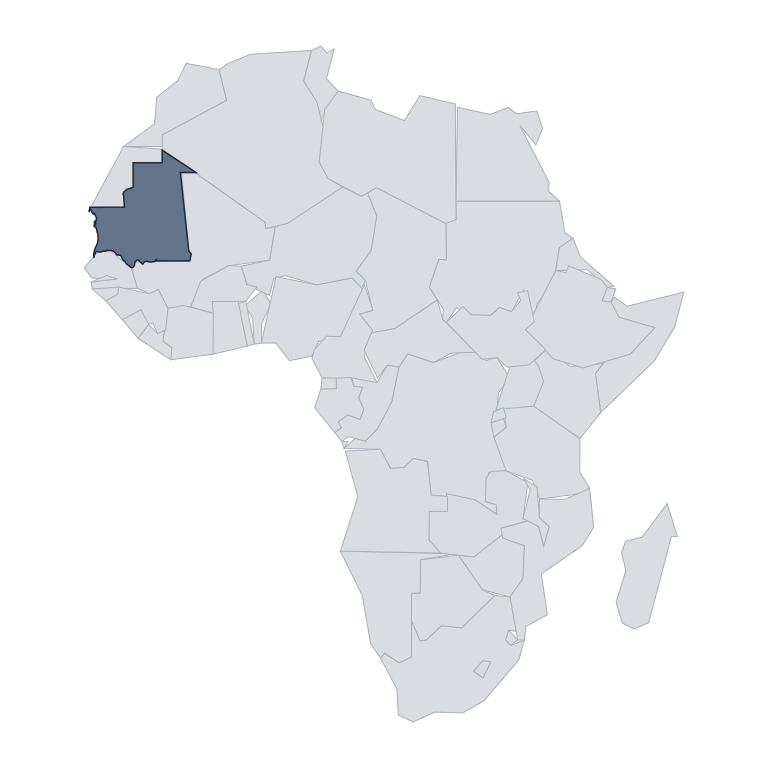 Africa, with Mauritania highlighted
{"feature_id": "MRT", "entity_name": "Mauritania", "entity_type": "country or territory", "adm_level": 0, "iso_a3": "MRT", "parent_name": "Africa", "parent_adm1": "", "projection": "mercator", "projection_center": [-11.622, 21.016], "detail": "fine", "context": "in_parent", "style": "filled", "palette": "slate", "viewbox_px": 768, "rotation_deg": 0, "n_neighbors": 49, "source": "natural_earth", "source_scale": "50m", "svg_char_len": 13892}
<svg xmlns="http://www.w3.org/2000/svg" viewBox="0 0 768 768"><path d="M533.7,406.1L579.9,438.6L579.8,472.1L589.6,488.3L582.7,493.4L539.4,499.0L532.3,480.3L506.1,470.8L496.3,454.8L493.9,437.1L506.2,427.1L503.3,407.7L533.7,406.1Z" fill="#d9dde1" stroke="#a8b0b8" stroke-width="1"/><path d="M162.2,149.1L162.2,163.9L133.5,163.4L133.8,188.0L125.6,188.8L125.1,207.3L89.1,210.3L123.6,146.5L162.2,149.1Z" fill="#d9dde1" stroke="#a8b0b8" stroke-width="1"/><path d="M493.9,437.1L506.1,470.8L488.6,472.4L485.4,501.4L496.3,504.8L497.0,514.5L474.9,499.8L431.2,495.1L427.5,461.6L413.2,458.5L403.8,467.7L390.4,468.4L380.4,449.2L344.2,448.4L356.6,437.1L365.2,441.2L377.6,428.6L391.8,401.5L399.7,361.1L407.8,353.8L433.4,362.6L461.7,351.9L476.7,352.1L485.9,360.4L497.2,357.6L509.9,378.6L498.6,392.6L493.9,437.1Z" fill="#d9dde1" stroke="#a8b0b8" stroke-width="1"/><path d="M600.7,412.5L595.4,373.5L605.5,360.8L630.2,354.1L654.8,327.7L619.0,317.3L609.2,305.0L614.3,297.1L627.1,306.2L683.8,292.1L674.7,327.1L654.4,360.9L600.7,412.5Z" fill="#d9dde1" stroke="#a8b0b8" stroke-width="1"/><path d="M579.9,438.6L533.7,406.1L543.6,381.2L534.6,360.7L545.9,349.7L570.5,366.4L603.1,363.6L595.4,373.5L600.7,412.5L579.9,438.6Z" fill="#d9dde1" stroke="#a8b0b8" stroke-width="1"/><path d="M452.3,325.8L445.6,321.9L442.6,319.4L443.4,309.3L429.3,287.1L438.8,259.3L446.3,259.9L446.0,219.7L456.0,219.6L456.0,201.0L559.5,201.0L564.9,232.5L573.0,238.1L559.4,247.7L554.3,278.3L536.8,304.5L534.3,321.7L523.6,290.1L511.5,311.8L499.6,307.5L490.6,315.4L471.3,314.8L456.6,307.7L446.3,322.3L452.3,325.8Z" fill="#d9dde1" stroke="#a8b0b8" stroke-width="1"/><path d="M445.9,223.5L446.3,259.9L438.8,259.3L429.3,287.1L437.4,300.0L394.7,328.7L371.2,332.9L359.7,314.1L372.9,310.3L365.3,280.4L356.1,271.1L371.0,250.7L376.7,216.1L367.5,192.8L376.3,187.6L445.9,223.5Z" fill="#d9dde1" stroke="#a8b0b8" stroke-width="1"/><path d="M380.5,658.1L384.7,653.2L399.0,662.8L411.5,657.0L411.5,620.9L420.2,640.9L426.4,639.9L441.3,625.7L461.8,627.8L494.7,595.5L510.0,597.0L516.5,617.1L515.7,631.3L508.8,630.2L505.6,640.1L510.8,645.4L524.3,640.0L518.9,659.9L484.1,700.7L462.8,712.9L434.9,712.1L413.0,721.9L398.3,715.0L396.9,689.2L380.5,658.1ZM490.7,661.9L482.9,660.8L473.5,671.1L483.1,677.9L490.7,661.9Z" fill="#d9dde1" stroke="#a8b0b8" stroke-width="1"/><path d="M490.7,661.9L483.1,677.9L473.5,671.1L482.9,660.8L490.7,661.9Z" fill="#d9dde1" stroke="#a8b0b8" stroke-width="1"/><path d="M510.0,597.0L482.4,589.8L458.3,555.1L473.9,556.9L502.0,534.8L524.5,545.7L522.9,578.7L510.0,597.0Z" fill="#d9dde1" stroke="#a8b0b8" stroke-width="1"/><path d="M494.7,595.5L461.8,627.8L441.3,625.7L426.4,639.9L420.2,640.9L411.5,620.9L411.5,593.2L420.1,592.9L420.4,559.8L458.3,555.1L482.4,589.8L494.7,595.5Z" fill="#d9dde1" stroke="#a8b0b8" stroke-width="1"/><path d="M411.5,593.2L411.5,657.0L399.0,662.8L384.7,653.2L380.5,658.1L370.6,643.5L362.3,595.7L340.3,551.1L456.7,553.6L420.4,559.8L420.1,592.9L411.5,593.2Z" fill="#d9dde1" stroke="#a8b0b8" stroke-width="1"/><path d="M92.1,278.1L84.2,267.9L97.3,252.2L110.8,250.9L131.8,268.9L137.5,288.4L92.4,288.9L91.0,282.0L117.2,278.9L92.1,278.1Z" fill="#d9dde1" stroke="#a8b0b8" stroke-width="1"/><path d="M137.5,288.4L131.8,268.9L136.2,261.9L189.6,260.9L181.6,172.8L195.0,172.7L265.4,222.5L265.5,228.4L275.2,227.5L269.7,260.3L228.6,265.6L203.0,279.2L190.8,306.8L167.9,308.3L158.3,289.6L149.3,293.7L137.5,288.4Z" fill="#d9dde1" stroke="#a8b0b8" stroke-width="1"/><path d="M261.4,343.1L254.2,344.1L252.5,317.8L244.7,305.9L262.8,290.2L271.1,303.6L261.7,323.3L261.4,343.1Z" fill="#d9dde1" stroke="#a8b0b8" stroke-width="1"/><path d="M367.5,192.8L376.7,216.1L371.0,250.7L356.1,271.1L365.3,280.4L361.7,288.0L352.1,278.1L316.6,284.9L285.4,275.6L273.8,278.6L269.4,295.4L246.9,284.7L241.2,266.1L269.7,260.3L275.2,227.5L342.6,187.0L361.3,196.3L367.5,192.8Z" fill="#d9dde1" stroke="#a8b0b8" stroke-width="1"/><path d="M261.4,343.1L276.0,276.7L316.6,284.9L352.1,278.1L365.1,291.6L340.4,336.7L318.5,341.5L312.1,356.1L289.4,360.6L275.7,343.0L261.4,343.1Z" fill="#d9dde1" stroke="#a8b0b8" stroke-width="1"/><path d="M364.4,284.7L372.9,310.3L359.7,314.1L372.6,330.5L364.2,356.5L377.0,382.7L322.1,377.9L312.0,358.5L314.3,349.9L326.2,336.2L340.4,336.7L364.4,284.7Z" fill="#d9dde1" stroke="#a8b0b8" stroke-width="1"/><path d="M245.8,301.3L254.2,344.1L247.2,346.0L237.5,303.8L245.8,301.3Z" fill="#d9dde1" stroke="#a8b0b8" stroke-width="1"/><path d="M238.1,301.1L247.2,346.0L213.0,354.2L212.3,301.6L238.1,301.1Z" fill="#d9dde1" stroke="#a8b0b8" stroke-width="1"/><path d="M167.9,308.3L183.8,305.5L213.3,313.3L213.0,354.2L170.7,359.7L171.9,347.9L162.9,341.2L167.9,308.3Z" fill="#d9dde1" stroke="#a8b0b8" stroke-width="1"/><path d="M118.4,287.1L149.3,293.7L158.3,289.6L167.9,308.3L165.7,330.5L157.6,333.8L152.8,323.0L146.3,324.7L141.0,309.7L122.4,319.8L105.9,300.9L118.4,287.1Z" fill="#d9dde1" stroke="#a8b0b8" stroke-width="1"/><path d="M92.4,288.9L118.4,287.1L118.0,294.0L105.9,300.9L92.4,288.9Z" fill="#d9dde1" stroke="#a8b0b8" stroke-width="1"/><path d="M164.3,330.5L162.9,341.2L171.9,347.9L170.7,359.7L138.1,338.5L148.7,324.2L157.6,333.8L164.3,330.5Z" fill="#d9dde1" stroke="#a8b0b8" stroke-width="1"/><path d="M122.4,319.8L141.0,309.7L148.7,324.2L138.1,338.5L122.4,319.8Z" fill="#d9dde1" stroke="#a8b0b8" stroke-width="1"/><path d="M190.8,306.8L200.6,281.3L228.6,265.6L241.2,266.1L246.9,284.7L256.9,286.8L245.8,301.3L212.3,301.6L213.3,313.3L190.8,306.8Z" fill="#d9dde1" stroke="#a8b0b8" stroke-width="1"/><path d="M476.7,352.1L450.9,353.2L433.4,362.6L407.8,353.8L398.9,367.2L387.4,365.2L377.6,378.0L364.1,350.2L371.2,332.9L394.7,328.7L437.4,300.0L442.6,319.4L476.7,352.1Z" fill="#d9dde1" stroke="#a8b0b8" stroke-width="1"/><path d="M398.9,367.2L391.8,401.5L377.6,428.6L365.2,441.2L348.0,436.5L341.9,441.8L334.7,432.5L341.4,427.7L338.1,421.9L347.6,414.8L360.0,419.4L363.8,409.4L358.7,397.5L362.5,387.3L353.8,386.3L352.0,378.0L377.0,382.7L387.4,365.2L398.9,367.2Z" fill="#d9dde1" stroke="#a8b0b8" stroke-width="1"/><path d="M336.3,378.1L350.9,377.5L353.8,386.3L362.5,387.3L358.7,397.5L363.8,409.4L360.0,419.4L347.6,414.8L338.1,421.9L341.4,427.7L334.7,432.5L314.7,407.5L320.8,389.0L336.4,388.6L336.3,378.1Z" fill="#d9dde1" stroke="#a8b0b8" stroke-width="1"/><path d="M322.1,377.9L336.3,378.1L336.4,388.6L320.8,389.0L322.1,377.9Z" fill="#d9dde1" stroke="#a8b0b8" stroke-width="1"/><path d="M506.1,470.8L527.8,482.6L523.1,518.6L527.7,520.9L501.2,528.3L502.0,534.8L473.9,556.9L440.5,553.1L428.9,539.9L429.3,511.3L447.4,511.4L446.5,493.7L474.9,499.8L497.0,514.5L496.3,504.8L485.4,501.4L486.1,478.1L491.0,471.4L506.1,470.8Z" fill="#d9dde1" stroke="#a8b0b8" stroke-width="1"/><path d="M523.7,478.7L537.0,486.9L539.4,517.4L549.3,526.7L543.6,546.5L538.6,526.7L523.1,518.6L530.1,490.1L523.7,478.7Z" fill="#d9dde1" stroke="#a8b0b8" stroke-width="1"/><path d="M539.4,499.0L564.8,499.4L589.6,488.3L593.7,527.4L582.1,545.8L541.4,573.9L547.3,614.7L525.9,626.6L524.3,640.0L517.7,640.0L510.0,597.0L522.9,578.7L524.5,545.7L502.6,538.1L501.2,528.3L527.7,520.9L538.6,526.7L543.6,546.5L549.3,526.7L539.4,517.4L539.4,499.0Z" fill="#d9dde1" stroke="#a8b0b8" stroke-width="1"/><path d="M517.7,640.0L510.8,645.4L505.6,640.1L508.8,630.2L517.7,640.0Z" fill="#d9dde1" stroke="#a8b0b8" stroke-width="1"/><path d="M341.9,441.8L348.1,441.4L344.2,448.4L341.9,441.8ZM345.4,451.1L380.4,449.2L390.4,468.4L403.8,467.7L413.2,458.5L427.5,461.6L431.2,495.1L447.5,496.5L447.4,511.4L429.3,511.3L428.9,539.9L440.5,553.1L340.3,551.1L357.8,497.0L345.4,451.1Z" fill="#d9dde1" stroke="#a8b0b8" stroke-width="1"/><path d="M503.7,418.9L506.2,427.1L493.9,437.1L491.1,422.6L503.7,418.9Z" fill="#d9dde1" stroke="#a8b0b8" stroke-width="1"/><path d="M667.1,503.6L677.4,536.6L671.3,536.6L648.8,622.6L634.1,629.0L622.1,623.0L616.1,601.9L625.8,570.7L621.5,552.1L625.7,541.2L642.0,537.2L667.1,503.6Z" fill="#d9dde1" stroke="#a8b0b8" stroke-width="1"/><path d="M91.0,282.0L106.4,275.5L117.2,278.9L91.0,282.0Z" fill="#d9dde1" stroke="#a8b0b8" stroke-width="1"/><path d="M320.7,120.1L303.6,81.0L311.4,50.5L320.9,46.1L326.8,52.9L334.2,48.9L326.5,78.6L338.2,91.1L320.7,120.1Z" fill="#d9dde1" stroke="#a8b0b8" stroke-width="1"/><path d="M162.2,149.1L162.3,134.8L226.5,100.2L219.0,69.7L227.4,63.8L250.7,54.2L311.4,50.5L303.6,81.0L316.9,101.8L323.5,129.0L319.2,161.8L327.8,178.4L342.6,187.0L287.5,223.4L265.5,228.4L265.4,222.5L162.2,149.1Z" fill="#d9dde1" stroke="#a8b0b8" stroke-width="1"/><path d="M555.7,270.6L559.4,247.7L573.0,238.1L580.5,257.1L613.8,286.1L607.4,287.5L587.1,269.7L555.7,270.6Z" fill="#d9dde1" stroke="#a8b0b8" stroke-width="1"/><path d="M123.6,146.5L154.5,123.9L156.8,97.0L177.6,80.9L186.2,63.3L219.0,69.7L226.5,100.2L162.3,134.8L162.3,146.5L123.6,146.5Z" fill="#d9dde1" stroke="#a8b0b8" stroke-width="1"/><path d="M559.5,201.0L456.0,201.0L457.5,107.3L490.2,114.4L508.2,107.4L516.8,113.8L536.9,110.9L542.6,128.2L535.9,144.9L519.9,125.6L549.3,182.7L547.9,190.6L559.5,201.0Z" fill="#d9dde1" stroke="#a8b0b8" stroke-width="1"/><path d="M455.3,103.9L456.0,219.6L445.9,223.5L376.3,187.6L361.3,196.3L327.8,178.4L319.2,161.8L324.7,109.3L338.2,91.1L370.9,100.1L375.0,109.3L404.4,120.5L419.9,95.6L455.3,103.9Z" fill="#d9dde1" stroke="#a8b0b8" stroke-width="1"/><path d="M654.8,327.7L630.2,354.1L583.0,367.9L553.4,358.9L525.4,329.7L555.7,270.6L565.9,272.5L568.6,265.8L600.8,279.3L607.4,287.5L602.2,300.8L611.1,301.9L619.0,317.3L654.8,327.7Z" fill="#d9dde1" stroke="#a8b0b8" stroke-width="1"/><path d="M607.4,287.5L615.8,288.8L611.1,301.9L602.2,300.8L607.4,287.5Z" fill="#d9dde1" stroke="#a8b0b8" stroke-width="1"/><path d="M533.7,406.1L496.0,409.5L510.5,364.8L534.6,360.7L538.7,366.8L543.6,381.2L533.7,406.1Z" fill="#d9dde1" stroke="#a8b0b8" stroke-width="1"/><path d="M503.3,407.7L506.3,417.7L491.1,422.6L493.5,411.9L503.3,407.7Z" fill="#d9dde1" stroke="#a8b0b8" stroke-width="1"/><path d="M506.9,367.2L497.2,357.6L482.0,359.3L446.3,322.3L462.9,306.5L471.3,314.8L490.6,315.4L499.6,307.5L511.5,311.8L520.6,300.5L517.7,292.6L527.6,290.7L534.3,321.7L525.4,329.7L545.9,349.7L529.2,364.7L506.9,367.2Z" fill="#d9dde1" stroke="#a8b0b8" stroke-width="1"/><path d="M130.8,267.1L130.6,267.1L129.7,266.4L129.2,265.6L128.5,265.1L127.5,264.7L126.8,264.2L126.5,263.7L126.2,263.4L125.8,263.2L125.7,263.0L125.8,262.8L125.7,262.3L125.1,261.3L124.6,260.8L124.1,260.9L123.8,260.8L123.7,260.6L123.6,260.2L123.3,260.0L122.7,259.8L122.3,259.1L121.9,257.7L121.5,256.6L121.0,255.8L120.6,255.5L120.3,255.5L120.2,255.4L120.1,255.1L119.7,255.1L119.1,255.3L118.6,255.2L118.3,254.8L117.9,254.8L117.5,255.1L117.0,255.0L116.4,254.5L116.1,254.0L116.0,253.5L115.1,252.6L113.2,251.1L111.1,250.4L108.9,250.5L107.7,250.4L107.4,250.2L107.2,250.2L106.9,250.5L106.6,250.5L106.3,250.4L106.1,250.5L106.0,250.9L105.2,251.1L103.8,251.1L102.6,251.3L101.7,251.8L100.4,252.0L98.7,251.9L97.7,251.7L97.4,251.5L96.9,251.4L96.3,251.5L95.7,252.3L95.2,253.6L94.8,254.3L94.5,254.5L94.2,255.5L94.0,257.1L93.7,257.8L93.7,253.8L94.2,252.2L94.3,250.9L95.3,247.9L96.5,245.5L97.7,242.3L98.1,239.1L98.0,236.1L97.6,233.3L97.0,231.5L96.5,228.9L95.7,227.5L94.2,226.3L93.9,225.6L94.2,225.3L95.1,225.1L95.7,224.2L94.5,224.5L95.9,221.6L96.3,219.7L96.3,218.3L96.5,217.5L95.4,215.8L94.6,213.6L94.2,213.2L93.7,213.1L93.7,213.6L93.4,214.0L92.9,213.8L92.0,212.2L90.7,209.5L90.3,209.3L89.9,209.6L89.6,210.0L89.2,212.2L89.1,211.3L89.3,210.3L89.6,209.0L89.9,207.3L91.1,207.3L93.1,207.3L95.1,207.3L97.1,207.3L99.1,207.3L101.1,207.3L103.1,207.2L105.1,207.2L107.1,207.2L109.1,207.2L111.1,207.2L113.1,207.2L115.1,207.2L117.1,207.2L119.1,207.2L121.1,207.2L123.1,207.2L124.4,207.2L124.3,206.0L124.2,205.0L124.2,203.7L124.1,202.3L124.0,201.0L123.9,199.8L123.8,198.5L123.8,197.4L123.7,196.3L123.6,195.7L123.2,194.5L123.1,193.9L123.2,193.2L123.5,192.6L124.3,191.5L125.4,190.7L126.8,189.7L127.8,189.0L128.4,188.8L130.0,188.5L131.3,187.9L132.5,187.4L133.0,187.1L133.1,186.1L133.1,184.9L133.1,183.6L133.1,182.3L133.1,181.0L133.1,179.7L133.1,178.4L133.1,177.1L133.1,175.8L133.1,174.5L133.1,173.2L133.1,171.9L133.1,170.5L133.1,169.2L133.1,167.9L133.1,166.6L133.1,165.3L133.1,164.0L133.1,162.8L134.4,162.8L136.0,162.8L137.7,162.8L139.3,162.8L140.9,162.8L142.5,162.8L144.2,162.8L145.8,162.8L147.4,162.8L149.0,162.8L150.7,162.8L152.3,162.8L153.9,162.8L155.5,162.8L157.2,162.8L158.8,162.8L160.4,162.8L162.2,162.8L162.2,161.7L162.2,160.1L162.2,157.9L162.2,155.7L162.2,153.8L162.2,151.8L162.2,150.2L163.8,151.3L165.5,152.4L167.1,153.5L168.7,154.5L170.4,155.6L172.0,156.7L173.7,157.8L175.3,158.9L177.0,159.9L178.6,161.0L180.2,162.1L181.9,163.2L183.5,164.2L185.2,165.3L186.8,166.4L188.4,167.4L189.8,168.3L191.9,169.8L193.9,171.1L195.9,172.5L192.8,172.5L188.7,172.5L185.9,172.5L183.1,172.5L180.4,172.5L180.6,174.7L180.9,177.1L181.1,179.4L181.4,181.8L181.6,184.2L181.9,186.6L182.1,188.9L182.4,191.3L182.6,193.6L182.9,196.0L183.1,198.3L183.4,200.7L183.6,203.0L183.9,205.3L184.1,207.7L184.4,210.0L184.6,212.3L184.9,214.6L185.1,217.0L185.4,219.3L185.6,221.6L185.9,223.9L186.1,226.2L186.4,228.5L186.6,230.8L186.9,233.1L187.1,235.3L187.4,237.6L187.6,239.9L187.8,242.2L188.1,244.5L188.3,246.7L188.6,249.0L188.8,251.2L189.9,252.3L191.2,253.8L190.8,255.8L190.3,258.3L189.8,260.9L188.0,260.9L186.2,260.9L184.4,260.9L182.7,260.9L180.9,260.9L179.1,260.9L177.3,260.9L175.5,260.9L173.8,260.9L172.0,260.9L170.2,260.9L168.4,260.9L166.7,260.9L164.9,260.9L163.1,260.9L161.3,260.9L159.5,260.9L157.9,260.9L156.9,260.9L156.5,260.7L156.4,259.3L156.1,259.4L155.7,259.8L155.5,260.2L155.6,260.8L155.5,261.3L154.4,261.5L152.8,261.8L151.2,262.0L149.6,261.9L149.0,261.8L148.4,261.7L147.1,261.5L146.4,261.4L145.6,261.5L144.6,261.6L144.3,261.8L143.6,262.9L142.9,264.1L142.4,264.0L141.9,263.4L140.5,262.2L138.8,260.6L138.0,259.8L137.6,259.7L136.8,260.2L136.1,260.8L135.3,261.6L135.0,262.3L134.7,263.2L134.6,264.2L134.4,265.5L133.8,266.4L133.1,267.2L132.5,267.5L132.3,267.7L130.8,267.1ZM95.1,222.4L94.5,223.3L94.3,222.9L94.2,222.3L94.7,221.5L94.9,221.1L95.4,220.9L95.1,222.4Z" fill="#64748b" stroke="#1e293b" stroke-width="1.5"/></svg>